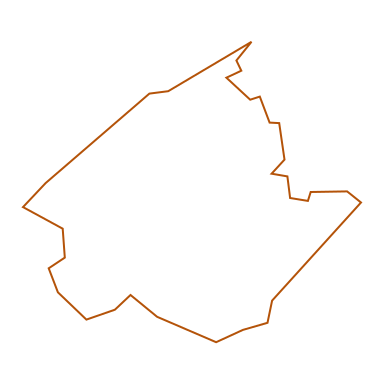 the district of Wirt, West Virginia, United States of America
{"feature_id": "52423323B46125568158444", "entity_name": "Wirt", "entity_type": "district", "adm_level": 2, "iso_a3": "USA", "parent_name": "United States of America", "parent_adm1": "West Virginia", "projection": "orthographic", "projection_center": [-81.353, 39.041], "detail": "fine", "context": "isolated", "style": "outline", "palette": "amber", "viewbox_px": 384, "rotation_deg": 0, "n_neighbors": 0, "source": "geoboundaries", "source_scale": "gbopen_adm2", "svg_char_len": 507}
<svg xmlns="http://www.w3.org/2000/svg" viewBox="0 0 384 384"><path d="M251.5,41.8L168.2,91.2L149.4,93.6L45.6,183.1L23.0,207.1L62.7,228.7L64.8,257.6L48.7,268.3L57.9,292.3L86.4,319.6L114.9,309.7L130.5,295.0L157.1,316.8L216.1,342.2L242.9,329.9L267.5,322.8L272.1,300.6L361.0,202.5L347.1,191.4L310.7,192.0L307.9,200.9L290.1,198.0L287.4,176.4L271.6,173.7L284.5,159.6L279.2,123.1L269.6,122.6L259.8,96.6L250.2,99.7L226.4,77.7L241.3,70.7L236.4,60.5L251.5,41.8Z" fill="none" stroke="#b45309" stroke-width="2"/></svg>